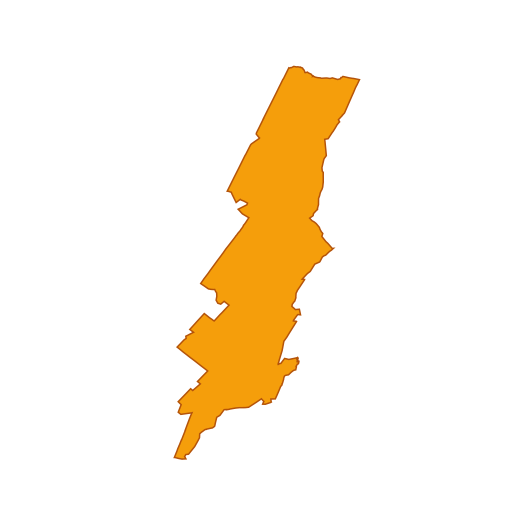 the district of Leimaņu pag., Jekabpils, Latvia, rotated 319°
{"feature_id": "27541924B9576970308212", "entity_name": "Leimaņu pag.", "entity_type": "district", "adm_level": 2, "iso_a3": "LVA", "parent_name": "Latvia", "parent_adm1": "Jekabpils", "projection": "natural_earth1", "projection_center": [25.895, 56.3], "detail": "fine", "context": "isolated", "style": "filled", "palette": "amber", "viewbox_px": 512, "rotation_deg": 319, "n_neighbors": 0, "source": "geoboundaries", "source_scale": "gbopen_adm2", "svg_char_len": 5780}
<svg xmlns="http://www.w3.org/2000/svg" viewBox="0 0 512 512"><g transform="rotate(319 256 256)"><path d="M449.8,190.8L446.0,185.9L445.4,185.3L443.3,182.8L439.4,177.5L439.2,177.5L437.9,177.5L437.3,177.3L437.2,177.3L437.1,177.1L436.0,177.6L433.5,176.4L430.5,171.7L428.3,170.6L426.1,168.0L424.2,166.5L422.1,164.9L421.5,164.1L421.5,163.9L419.6,161.9L418.9,161.0L418.1,159.9L417.7,159.0L417.3,158.3L417.1,157.9L416.7,157.7L417.3,157.5L417.1,157.0L416.9,156.6L416.8,156.2L416.9,155.5L416.9,154.9L415.6,152.1L415.5,151.0L413.7,150.1L413.3,149.6L413.8,148.6L414.3,146.7L414.1,145.8L414.4,145.3L414.4,144.5L413.7,143.4L413.6,142.7L413.0,142.6L412.6,141.7L411.4,140.4L410.7,140.0L408.9,137.7L406.3,137.1L405.7,136.5L404.6,136.2L404.3,135.5L393.3,140.1L392.8,140.3L392.3,140.3L387.1,142.5L383.7,143.9L379.5,145.7L351.4,157.3L351.5,157.4L351.2,157.5L350.5,157.8L337.1,163.4L336.7,163.7L336.4,163.9L336.2,164.2L336.1,164.3L336.1,164.5L336.0,168.3L336.0,168.7L336.1,169.3L335.7,169.4L326.3,168.4L326.0,168.4L325.3,168.5L324.8,168.6L324.0,168.9L314.6,172.7L314.4,172.8L314.0,172.8L300.1,178.6L291.5,182.1L276.8,188.2L277.6,189.1L279.0,191.4L279.2,191.7L278.9,192.4L278.5,193.6L277.1,198.8L276.1,202.6L281.3,202.9L281.4,203.8L282.8,206.5L284.3,210.5L282.7,211.4L273.2,209.0L273.3,211.1L273.3,212.8L273.4,215.3L275.7,222.4L269.7,224.1L269.1,224.2L268.8,224.3L267.9,224.5L267.4,224.5L267.1,224.6L266.7,224.6L265.9,225.1L264.8,225.5L261.9,226.1L260.9,226.5L259.9,226.6L257.0,227.0L255.3,227.5L254.1,227.6L252.6,228.0L249.8,228.6L249.2,228.7L244.2,229.7L237.9,230.9L232.8,232.2L231.7,232.4L230.1,232.8L224.9,233.9L223.5,234.2L212.9,236.6L208.0,237.8L201.6,239.1L198.6,239.9L196.2,240.5L196.8,242.9L197.2,244.3L198.5,249.6L200.1,251.6L202.0,253.5L202.9,254.2L202.3,256.1L202.1,258.0L200.0,260.7L196.9,263.2L196.2,266.6L197.8,269.2L202.2,269.3L203.4,275.4L192.7,276.5L190.7,276.6L181.9,277.6L181.8,277.4L181.7,277.3L181.6,277.1L181.1,274.6L181.1,274.4L180.9,274.0L180.3,271.5L179.8,268.6L179.2,265.5L168.6,266.7L157.8,268.0L158.8,272.6L150.4,270.5L149.2,272.4L146.7,272.1L136.7,273.0L137.3,276.1L138.0,280.5L140.0,290.6L140.4,292.3L141.5,297.8L142.3,302.0L143.7,308.9L144.1,311.1L129.5,312.3L130.1,316.0L124.0,316.0L121.8,316.0L120.0,316.0L119.6,313.3L115.3,313.7L101.7,314.9L102.0,319.1L94.8,322.9L95.4,326.2L95.7,326.4L104.6,332.2L104.8,332.3L103.3,333.0L99.6,334.9L93.3,338.3L88.2,341.1L88.3,341.2L79.1,346.0L79.0,345.9L73.8,348.6L73.4,348.7L72.7,349.1L70.6,350.1L68.5,351.3L62.2,354.5L62.3,354.6L62.5,354.7L64.7,357.9L66.9,360.7L70.0,363.1L70.6,360.5L70.8,360.5L72.7,359.8L72.9,359.9L75.1,361.3L84.7,359.6L90.8,357.4L94.1,356.1L96.9,353.2L97.0,353.2L99.0,353.2L100.0,353.2L100.1,353.3L103.3,353.5L103.5,353.5L104.7,354.2L104.8,354.1L108.7,356.2L110.4,357.2L110.5,357.2L112.1,357.3L112.3,357.3L112.5,357.4L113.2,357.3L116.4,354.9L120.5,352.0L121.0,352.0L124.1,352.6L124.3,352.6L130.9,351.1L131.2,351.1L131.4,351.2L132.6,352.2L133.3,352.7L133.4,352.8L133.2,352.9L135.0,354.0L136.1,354.5L140.9,357.4L143.9,359.5L146.3,361.6L148.6,363.5L151.2,365.3L160.3,366.6L166.2,367.3L166.4,367.3L166.4,367.5L166.5,370.9L166.1,371.0L163.8,372.2L165.8,374.0L170.8,376.1L171.8,376.3L171.9,376.0L172.0,375.6L172.4,375.1L172.7,374.6L173.4,373.7L176.8,376.5L177.0,376.4L177.3,376.3L181.2,374.5L184.3,373.0L186.9,371.7L188.9,370.7L191.2,370.3L191.8,369.5L192.5,369.4L195.9,367.2L197.0,366.2L198.7,365.3L199.1,365.3L200.1,365.5L202.6,367.0L206.0,366.8L208.5,366.9L209.9,367.2L211.3,368.0L213.0,366.7L213.5,366.4L213.8,366.1L213.7,365.9L213.7,365.7L213.9,365.6L214.3,365.5L214.6,365.3L215.3,365.1L215.7,365.0L216.0,364.8L217.1,365.1L218.1,364.7L218.3,364.5L218.2,364.3L218.2,364.0L218.4,363.9L219.2,363.7L219.4,363.6L219.4,363.4L219.0,363.2L218.6,363.3L218.4,363.3L218.3,363.2L218.1,363.0L217.8,362.8L218.0,362.6L218.0,362.3L218.3,362.1L219.2,362.0L219.3,361.9L219.5,361.8L219.5,361.6L219.2,360.9L219.1,360.6L219.1,360.4L219.3,360.3L219.6,360.3L219.8,360.4L219.8,360.5L220.2,360.8L220.4,360.9L220.6,360.9L220.8,360.7L220.7,360.2L220.8,359.9L220.6,359.9L217.8,358.4L212.9,355.6L210.4,352.1L206.5,352.9L204.3,353.4L203.1,352.6L202.8,352.6L201.9,352.5L201.6,352.4L201.7,352.1L202.8,351.4L204.7,350.2L204.9,350.0L207.3,348.5L212.9,345.0L213.8,344.4L220.6,339.0L221.2,338.6L225.9,337.5L230.9,335.9L243.7,332.0L243.7,331.9L242.4,330.4L241.6,329.5L242.2,329.1L248.3,327.7L249.1,327.6L251.0,329.6L253.8,324.6L250.6,322.3L250.4,320.4L250.0,317.6L250.3,317.4L251.7,316.2L251.8,316.2L254.4,315.6L255.6,315.5L258.7,313.7L259.1,313.1L261.8,310.4L264.0,309.5L264.4,309.2L269.6,307.8L277.2,305.7L277.3,305.6L275.6,303.8L277.1,303.6L282.8,303.0L284.0,303.0L286.5,303.2L287.2,303.1L295.0,300.7L299.9,302.2L300.1,302.2L300.5,302.2L305.4,300.3L306.8,300.4L307.2,300.4L308.9,301.0L309.6,301.1L311.8,300.9L314.3,300.8L315.5,300.9L316.9,301.1L318.2,301.0L319.4,301.0L318.5,300.3L318.5,300.2L318.5,293.5L318.2,291.0L318.5,284.8L318.6,284.4L321.2,282.8L321.2,282.2L321.2,280.7L321.8,277.9L322.6,275.9L322.7,272.5L322.7,271.0L322.3,268.6L321.6,266.6L321.4,266.1L321.3,262.6L324.8,263.0L325.6,263.0L327.0,261.9L327.2,261.7L331.8,261.2L332.1,261.3L332.5,261.3L332.8,261.2L333.1,261.1L333.1,260.9L333.2,260.7L333.3,260.7L334.9,259.5L336.8,258.3L339.0,255.8L341.0,253.6L343.4,252.3L345.9,250.5L346.1,250.4L347.8,249.6L349.5,249.0L351.3,247.9L351.7,247.6L355.3,244.3L356.4,243.0L357.3,242.0L359.5,239.4L361.6,237.0L361.7,235.4L363.5,232.9L363.7,232.6L370.7,227.5L371.8,227.1L374.9,226.4L383.0,215.1L384.4,213.0L387.4,214.8L394.9,212.7L395.7,212.6L399.4,211.5L402.9,210.3L403.0,210.2L406.6,209.6L407.1,209.6L407.6,207.2L413.2,206.6L413.4,206.4L413.7,206.5L413.8,206.4L416.0,206.2L416.6,206.1L416.9,206.0L427.8,200.8L434.6,197.6L436.8,196.6L441.2,194.4L443.6,193.4L444.3,193.2L449.8,190.8Z" fill="#f59e0b" stroke="#b45309" stroke-width="1.5"/></g></svg>